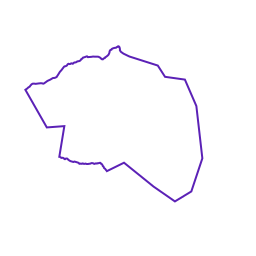 Cabana, Copán, Honduras, rotated 149°
{"feature_id": "27666195B19494062054761", "entity_name": "Cabana", "entity_type": "district", "adm_level": 2, "iso_a3": "HND", "parent_name": "Honduras", "parent_adm1": "Copán", "projection": "albers", "projection_center": [-89.051, 14.783], "detail": "fine", "context": "isolated", "style": "outline", "palette": "violet", "viewbox_px": 256, "rotation_deg": 149, "n_neighbors": 0, "source": "geoboundaries", "source_scale": "gbopen_adm2", "svg_char_len": 5408}
<svg xmlns="http://www.w3.org/2000/svg" viewBox="0 0 256 256"><g transform="rotate(149 128 128)"><path d="M114.4,200.0L114.6,200.1L114.8,200.2L114.9,200.5L115.1,200.7L115.2,200.9L115.3,201.2L115.3,201.5L115.4,201.8L115.5,202.1L115.5,202.3L115.6,202.6L116.0,203.2L116.2,203.5L116.4,204.0L116.6,204.2L116.8,204.4L117.2,204.7L118.7,205.6L120.7,206.9L121.1,207.2L121.5,207.4L122.4,207.7L123.0,208.0L123.7,208.3L124.6,208.8L125.1,209.1L125.3,209.1L125.7,209.3L125.9,209.4L126.0,209.5L126.1,209.9L126.1,210.1L126.1,210.3L126.2,210.5L126.4,210.6L126.7,210.7L127.1,210.8L128.1,210.9L128.7,211.1L129.2,211.2L130.0,211.4L130.2,211.5L130.3,211.5L130.5,211.5L130.7,211.4L130.9,211.3L131.0,211.2L131.4,211.1L131.6,211.0L131.8,211.0L132.2,211.1L132.3,211.1L132.5,211.1L132.9,211.0L133.2,210.8L133.3,210.7L133.5,210.6L134.0,210.5L134.3,210.4L134.6,210.4L135.0,210.5L135.4,210.5L135.8,210.6L136.1,210.8L136.7,211.0L136.9,211.1L137.1,211.1L137.3,211.2L137.6,211.2L138.1,211.1L138.4,211.1L138.6,211.1L138.9,211.2L139.1,211.2L139.3,211.3L139.8,211.5L140.0,211.7L140.5,211.8L140.8,211.8L141.0,211.8L141.2,211.7L141.5,211.6L141.9,211.5L142.1,211.5L142.3,211.6L142.5,211.7L142.6,211.9L142.7,212.2L142.8,212.3L143.0,212.4L143.1,212.5L143.3,212.6L143.6,212.7L143.8,212.7L144.2,212.6L144.4,212.6L144.7,212.7L144.9,212.8L145.1,212.9L145.3,213.0L145.7,213.4L145.8,213.6L146.1,213.7L146.3,213.7L146.6,213.7L146.9,213.7L147.1,213.6L147.5,213.4L147.8,213.2L148.2,213.1L148.6,213.0L149.1,213.1L149.5,213.1L150.0,213.2L150.4,213.4L150.6,213.5L150.8,213.5L151.1,213.5L151.4,213.4L151.7,213.3L152.2,213.1L152.7,212.9L153.5,212.6L154.4,212.2L155.8,211.7L157.2,211.3L157.5,211.2L157.9,211.0L160.2,209.8L162.1,208.9L162.7,208.6L162.8,208.5L163.2,208.5L163.7,208.5L164.0,208.6L164.5,208.6L164.9,208.7L165.2,208.8L165.5,208.9L165.8,209.1L166.2,209.3L166.4,209.4L166.8,209.5L167.1,209.5L167.7,209.5L168.8,209.5L169.3,209.5L169.7,209.5L171.5,209.7L172.3,209.8L173.1,209.8L173.5,209.8L174.0,209.7L175.6,209.6L176.6,209.5L177.2,209.5L177.5,209.5L177.8,209.7L178.0,209.8L178.4,210.3L178.7,210.6L178.9,210.8L179.1,210.9L179.4,211.1L179.7,211.3L181.6,212.2L184.4,213.4L184.5,213.5L184.8,213.7L185.5,214.3L185.8,214.5L186.0,214.6L186.4,214.8L186.7,215.0L187.1,215.1L187.3,215.1L187.6,215.1L187.9,215.1L188.3,215.1L188.7,214.9L189.6,214.7L190.1,214.5L190.7,214.2L190.9,214.1L191.1,214.1L191.4,214.1L191.9,214.1L192.3,214.1L192.6,214.1L193.9,213.8L194.3,213.7L195.3,213.7L196.3,213.6L197.3,170.3L181.6,162.4L201.7,138.7L201.3,138.4L201.2,138.2L200.8,137.5L200.5,136.8L200.5,136.7L200.2,136.6L199.6,136.3L199.2,136.0L199.1,135.9L199.0,135.7L198.8,135.4L198.6,135.0L198.5,134.7L198.5,134.2L198.4,134.0L198.3,133.9L198.1,133.8L198.0,133.7L197.8,133.7L197.5,133.8L197.3,133.8L197.1,133.8L197.0,133.7L196.7,133.6L196.4,133.5L196.1,133.3L195.9,133.1L195.8,132.9L195.7,132.6L195.7,132.4L195.6,132.0L195.6,131.8L195.5,131.5L195.4,131.3L195.1,130.6L195.0,130.4L194.8,129.9L194.5,129.5L194.0,128.8L193.3,128.1L192.8,127.5L192.2,127.0L192.1,126.9L191.9,126.9L191.5,126.9L191.3,126.8L191.2,126.8L191.1,126.7L190.8,126.4L189.6,125.1L188.4,123.7L188.2,123.3L188.2,123.1L188.2,122.8L188.2,122.6L188.1,122.4L187.9,122.3L187.8,122.2L187.7,122.1L187.2,122.0L187.0,121.9L186.9,121.8L186.6,121.6L186.2,121.2L185.9,121.1L185.7,121.0L185.4,121.1L185.2,121.0L185.0,120.9L184.9,120.8L184.8,120.7L184.7,120.6L184.6,120.4L184.5,120.2L184.4,120.1L184.2,119.9L183.8,119.7L183.5,119.6L183.1,119.5L182.8,119.4L182.7,119.3L182.6,119.2L182.4,119.0L182.3,118.7L182.1,118.6L181.6,118.2L181.2,118.0L180.7,117.7L180.1,117.5L179.4,117.2L178.8,116.9L178.5,116.8L178.3,116.8L178.1,116.8L177.8,116.8L177.6,116.8L177.4,116.7L177.2,116.6L176.7,116.3L176.2,115.8L176.1,115.7L175.9,115.5L175.7,115.0L175.5,114.9L175.4,114.7L175.1,114.5L175.0,114.4L174.8,114.4L174.3,114.4L174.0,114.3L173.8,114.2L173.6,114.1L173.4,113.9L173.2,113.7L172.8,113.5L172.6,113.6L172.3,113.5L172.2,113.4L171.9,113.2L169.9,112.6L169.6,112.3L169.6,112.0L169.6,111.9L169.6,111.6L169.6,111.4L169.5,111.2L169.3,111.1L169.2,111.0L169.1,110.7L169.0,109.9L169.0,109.4L169.0,109.0L169.2,108.5L169.2,108.3L169.1,108.2L169.0,107.8L168.9,107.7L168.9,107.3L168.9,107.2L169.0,106.7L169.1,106.4L169.1,106.2L169.1,105.9L169.0,105.7L168.9,105.4L168.7,105.0L168.6,104.7L168.5,103.2L168.3,102.3L168.3,101.9L149.3,100.3L136.3,64.7L125.6,40.9L106.4,41.0L79.9,63.7L58.1,111.6L54.3,140.2L69.9,152.8L70.3,166.2L90.1,188.7L90.3,189.1L90.6,189.5L93.6,194.1L94.3,195.7L94.7,196.6L94.8,196.9L94.9,197.3L94.9,197.6L94.9,197.9L94.9,198.2L94.9,198.4L94.9,198.8L94.7,199.0L94.4,199.6L94.2,200.0L94.1,200.3L94.0,200.6L93.8,201.2L93.7,201.9L93.7,202.2L93.8,202.4L93.8,202.5L94.0,202.8L94.2,203.0L94.3,203.1L94.5,203.0L94.6,202.9L94.9,202.8L95.0,202.9L95.5,203.1L95.9,203.1L96.2,203.1L96.4,203.1L96.7,203.0L96.8,203.0L97.1,203.0L97.6,203.3L98.0,203.5L99.0,203.8L99.6,204.0L100.0,204.0L100.6,204.1L101.2,204.1L101.3,204.1L101.5,203.9L101.7,203.7L101.9,203.7L102.0,203.7L102.3,203.7L102.5,203.8L102.8,203.9L103.0,203.9L103.5,203.7L104.0,203.4L104.2,203.2L104.4,203.1L104.7,202.6L105.0,202.3L105.4,201.9L105.9,201.6L106.4,201.2L106.7,201.0L107.1,200.8L107.6,200.7L108.0,200.6L108.3,200.5L109.3,200.4L110.0,200.3L110.6,200.3L111.1,200.3L111.3,200.3L111.4,200.2L111.6,200.0L111.8,199.9L112.1,199.9L112.6,200.1L112.8,200.1L113.0,200.1L113.4,200.1L113.5,200.0L113.8,199.9L114.1,199.8L114.3,199.9L114.4,200.0Z" fill="none" stroke="#5b21b6" stroke-width="2"/></g></svg>